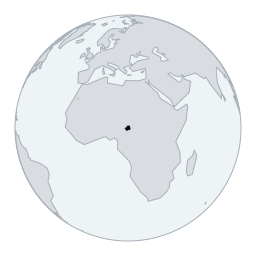 the Earth from above Logone Oriental, rotated 347°
{"feature_id": "TCD-1485", "entity_name": "Logone Oriental", "entity_type": "Prefecture", "adm_level": 1, "iso_a3": "TCD", "parent_name": "Chad", "parent_adm1": "", "projection": "orthographic", "projection_center": [16.421, 8.298], "detail": "medium", "context": "on_globe", "style": "filled", "palette": "ink", "viewbox_px": 256, "rotation_deg": 347, "n_neighbors": 0, "source": "natural_earth", "source_scale": "10m", "svg_char_len": 8257}
<svg xmlns="http://www.w3.org/2000/svg" viewBox="0 0 256 256"><g transform="rotate(347 128 128)"><circle cx="128" cy="128" r="113" fill="#eef3f6" stroke="#a8b0b8"/><path d="M89.3,22.2L90.3,21.8L92.7,21.0L94.5,20.5L94.9,20.4L91.7,21.4L91.0,21.6L90.3,21.9L88.5,22.6L89.6,22.2L85.6,23.7L90.1,22.2L87.4,23.4L84.6,24.5L84.2,24.4L80.2,26.0L89.3,22.2ZM66.5,33.6L64.4,35.1L61.4,37.2L57.9,40.0L59.8,38.6L63.2,36.0L66.0,34.6L69.9,31.9L71.6,31.1L75.8,28.7L75.9,29.1L73.6,31.0L70.1,33.1L69.0,34.1L72.9,32.4L66.9,37.1L63.9,41.6L62.2,43.1L58.0,44.7L56.5,43.6L51.0,47.2L55.3,45.2L51.1,49.3L50.7,50.2L51.3,50.3L53.2,49.0L51.9,50.6L47.2,52.9L48.3,51.4L49.8,50.6L49.0,50.3L45.8,52.5L44.0,54.7L41.1,56.7L39.8,58.4L38.4,60.1L40.8,57.0L36.4,62.7L34.2,65.7L39.5,58.3L45.5,51.3L52.0,44.8L59.0,38.9L66.5,33.6ZM17.4,106.8L17.5,106.2L18.1,104.5L16.8,111.0L18.1,105.5L17.8,109.1L19.6,110.5L19.2,111.9L20.5,121.0L24.0,126.0L24.8,131.1L24.2,133.9L25.9,135.3L25.9,137.3L34.3,142.6L40.1,148.7L40.9,155.4L38.0,162.2L40.0,177.8L36.1,181.4L38.2,187.4L40.5,195.5L37.8,193.7L41.8,198.7L42.9,200.9L41.9,200.4L44.5,203.5L44.0,203.0L46.3,205.5L48.0,207.3L41.9,200.6L36.3,193.4L31.3,185.8L26.9,177.8L23.3,169.4L22.2,166.6L21.4,164.5L19.0,156.5L17.2,148.3L16.0,140.0L15.4,131.7L15.5,123.3L16.1,115.0L17.4,106.8ZM23.4,86.3L22.4,89.2L23.4,86.3ZM75.5,28.7L74.8,29.1L75.5,28.7ZM77.2,27.7L76.1,28.2L76.8,27.8L77.4,27.5L77.2,27.7ZM78.5,27.2L78.1,27.1L79.2,26.5L82.8,25.0L78.5,27.2ZM91.6,21.4L90.8,21.7L91.0,21.6L91.6,21.4ZM98.9,19.2L99.2,19.2L98.0,19.4L95.4,20.2L95.6,20.1L98.9,19.2ZM97.5,19.6L99.2,19.2L98.0,19.6L95.5,20.2L97.5,19.6ZM94.8,21.3L94.9,21.0L96.6,20.4L94.8,21.3ZM100.0,19.0L100.4,18.9L101.1,18.7L102.0,18.6L100.0,19.0ZM106.6,17.4L106.9,17.4L107.2,17.3L104.1,17.9L104.3,17.9L106.6,17.4ZM105.0,17.9L101.0,18.9L100.4,19.5L98.9,19.9L100.1,19.0L105.0,17.9ZM104.7,17.8L102.7,18.3L101.7,18.5L104.7,17.8ZM105.2,17.9L106.1,17.7L105.4,17.9L105.2,17.9ZM109.1,17.0L108.8,17.0L109.7,16.9L109.1,17.0ZM108.3,17.3L107.0,17.6L106.3,17.7L108.3,17.3ZM109.0,17.1L110.3,16.9L106.8,17.5L108.7,17.1L109.0,17.1ZM110.0,16.8L110.4,16.8L110.0,16.8L110.0,16.8ZM111.8,17.0L107.6,17.8L106.0,17.9L110.3,17.1L111.8,17.0ZM60.0,217.8L59.7,217.4L60.6,218.0L61.1,218.5L60.0,217.8ZM161.2,20.4L159.6,19.9L161.2,20.4ZM233.0,87.3L232.6,86.2L234.0,90.5L236.8,99.0L238.6,106.7L239.3,111.7L238.9,109.2L236.9,103.9L238.3,112.1L239.9,118.2L240.5,126.1L240.1,124.1L239.2,117.2L238.5,115.1L237.4,108.0L234.4,98.0L233.8,100.5L232.6,96.4L228.3,88.8L226.8,92.2L225.3,104.3L227.1,115.1L225.7,120.3L218.9,105.8L215.2,95.8L213.2,97.2L205.9,89.6L194.5,90.6L192.5,88.2L190.5,89.7L185.3,87.7L182.0,83.7L179.1,84.3L187.6,94.7L190.7,94.2L192.8,89.6L194.6,93.5L199.6,96.6L195.5,107.1L178.0,117.7L175.7,109.8L159.1,89.2L159.2,86.8L159.1,86.5L158.9,86.1L158.0,90.0L154.9,86.1L164.5,100.4L166.4,106.8L177.8,118.2L176.9,119.6L180.3,121.9L190.7,117.9L190.9,120.6L186.4,133.6L171.5,152.0L173.1,163.4L171.4,173.2L161.4,180.2L161.5,187.6L156.2,190.5L155.4,194.6L150.7,199.2L143.2,203.5L131.2,204.0L131.0,200.3L125.9,193.2L119.0,175.5L122.6,167.1L121.8,160.6L113.1,146.3L115.0,138.1L112.5,134.8L107.5,135.7L104.5,131.6L101.4,131.5L81.6,134.3L75.3,128.9L67.0,112.7L70.4,106.4L70.5,99.0L93.2,75.1L98.6,76.4L117.2,73.2L119.6,74.0L118.1,79.5L132.5,85.8L136.4,81.2L148.9,84.4L156.8,84.0L158.5,73.7L145.6,74.2L142.7,69.5L152.6,64.9L163.8,65.1L163.1,63.3L155.5,59.6L157.5,56.3L152.8,58.1L155.1,59.8L152.2,61.2L149.9,59.7L150.7,58.5L147.2,57.9L144.2,64.3L146.2,66.8L137.3,68.3L139.8,72.7L137.6,74.9L132.5,68.4L132.6,65.9L123.5,59.5L122.6,62.1L131.1,68.5L128.7,68.1L127.5,72.2L126.5,68.7L117.4,61.6L109.0,63.4L99.2,73.8L94.1,74.8L89.5,72.9L92.1,62.6L103.2,61.7L104.3,58.6L101.3,54.3L105.0,54.5L105.1,52.9L109.2,52.5L114.3,48.4L118.3,47.9L119.6,43.1L121.9,42.4L120.5,45.3L121.7,47.3L131.7,46.8L133.4,45.7L133.5,42.8L136.2,43.3L135.0,40.5L140.4,39.4L132.7,38.7L132.5,35.8L135.4,33.6L134.0,32.7L129.3,36.4L128.7,38.0L130.3,39.5L127.4,44.5L124.1,45.5L122.0,40.2L117.0,41.2L117.5,37.1L129.9,29.0L135.4,27.6L146.0,30.7L145.1,32.3L140.9,31.9L145.5,34.7L144.8,33.3L147.1,33.8L147.5,31.7L149.1,32.0L146.7,29.5L148.8,29.7L150.3,31.2L152.6,28.7L156.7,28.8L156.4,28.1L155.0,27.4L161.2,28.3L160.7,27.8L158.5,27.3L156.2,26.0L154.4,24.2L156.6,24.6L157.6,25.3L162.9,27.6L165.0,29.7L165.7,29.7L164.4,28.0L157.9,25.2L156.3,24.0L159.5,25.1L158.2,24.6L158.1,24.2L160.0,24.3L156.5,23.0L152.0,19.2L155.3,19.4L158.7,20.5L157.8,19.5L161.6,20.5L169.5,23.3L177.2,26.7L184.7,30.7L191.8,35.2L198.6,40.2L204.9,45.7L210.9,51.7L216.4,58.1L221.3,64.9L225.8,72.1L229.7,79.6L233.0,87.3ZM86.2,87.1L85.7,89.3L86.2,87.1ZM176.3,70.9L182.6,70.9L178.7,64.9L180.7,64.6L178.6,62.8L178.3,64.5L173.0,59.8L175.3,58.0L174.0,55.6L171.8,55.5L168.4,59.7L176.0,66.3L175.1,68.8L176.3,70.9ZM19.7,110.5L19.8,111.9L19.4,111.7L19.7,110.5ZM21.0,92.9L20.9,93.1L21.0,92.9ZM21.9,94.3L22.1,95.3L21.5,95.4L21.9,94.3ZM22.1,90.1L21.7,93.8L20.7,94.9L21.1,92.7L21.3,92.7L22.1,90.1ZM27.5,77.2L27.4,77.3L27.9,76.3L27.5,77.2ZM51.4,49.1L51.7,49.0L52.0,49.5L51.1,50.0L51.4,49.1ZM57.8,48.1L55.6,50.9L56.5,49.1L54.9,50.1L54.8,48.0L61.4,43.7L58.4,45.9L57.8,48.1ZM56.5,44.4L55.8,45.9L56.3,44.4L56.5,44.4ZM101.8,45.0L103.4,45.9L102.2,47.8L97.0,49.4L98.8,46.6L101.8,45.0ZM106.0,46.9L105.3,41.7L108.5,40.8L106.8,42.1L109.0,42.0L106.9,44.2L110.6,48.8L109.8,50.8L100.7,52.1L104.2,50.4L102.4,49.5L106.0,46.9ZM97.9,33.0L97.6,31.6L104.9,31.4L104.3,32.8L99.1,34.2L96.8,33.4L97.9,33.0ZM84.8,24.9L84.2,24.9L85.1,24.6L86.4,24.2L84.8,24.9ZM94.7,21.2L88.2,24.5L87.3,24.6L84.7,26.8L81.1,28.1L82.9,26.6L78.2,29.5L78.3,28.6L75.4,30.6L79.8,27.1L79.8,26.7L81.2,26.6L84.5,25.3L85.9,24.6L90.0,22.6L91.5,21.6L95.1,20.4L97.1,19.9L97.3,20.0L95.0,20.6L96.8,20.3L93.6,21.3L94.7,21.2ZM119.4,19.1L116.6,19.0L119.8,20.0L116.6,20.4L117.2,20.5L115.0,21.2L113.5,22.4L111.9,22.5L112.0,23.0L110.6,23.6L110.2,24.3L107.2,24.8L106.4,25.8L105.5,25.5L104.9,27.1L104.0,26.2L102.1,27.1L104.0,27.5L89.1,30.4L83.6,32.8L79.5,35.5L78.4,34.0L81.6,30.8L86.9,27.4L92.3,25.5L90.9,25.4L93.1,24.5L93.3,24.9L94.2,23.8L96.1,23.2L100.8,21.1L101.0,20.2L102.7,19.5L103.6,19.7L104.7,19.0L107.5,18.9L108.8,18.5L112.8,18.1L113.7,18.9L115.1,18.4L118.2,18.3L119.4,19.1ZM112.9,16.9L114.7,17.3L113.8,17.9L107.2,18.3L105.6,18.7L101.3,19.3L102.7,18.6L103.8,18.4L105.2,18.2L104.2,18.5L106.0,18.0L107.6,17.9L109.4,17.5L109.5,17.7L112.9,16.9ZM122.1,71.9L123.9,72.1L126.6,71.8L125.9,74.6L122.1,71.9ZM115.8,67.1L117.4,66.7L117.7,70.1L115.9,70.1L115.8,67.1ZM117.9,63.8L117.4,66.4L116.6,65.0L117.9,63.8ZM121.9,44.9L123.6,44.5L123.9,45.2L123.1,46.3L121.9,44.9ZM128.3,23.2L126.9,22.8L127.3,22.5L125.9,21.3L128.2,21.0L129.9,21.7L128.3,23.2ZM156.5,75.6L154.4,77.6L153.1,76.7L154.1,76.2L156.5,75.6ZM139.6,76.0L143.6,77.2L139.4,76.8L139.6,76.0ZM130.6,22.7L129.8,22.2L131.4,22.4L130.6,22.7ZM129.8,20.8L131.7,21.0L128.3,20.9L129.8,20.8ZM187.1,218.2L186.8,219.2L185.6,219.5L187.1,218.2ZM188.9,170.3L180.1,187.7L175.3,188.1L175.1,183.3L178.8,172.9L184.6,169.5L187.6,164.6L188.9,170.3ZM239.8,141.6L239.8,141.4L239.8,141.6ZM240.1,139.3L240.1,134.9L238.0,120.5L238.8,120.3L240.5,128.5L240.5,130.2L240.5,133.9L240.1,139.3ZM227.5,116.1L229.6,122.2L228.6,123.5L227.5,116.1ZM234.6,91.8L234.7,92.0L234.2,90.4L234.0,89.8L234.6,91.8ZM149.1,22.1L148.4,24.0L149.5,25.6L152.5,26.8L148.0,26.1L146.3,23.5L149.1,22.1ZM151.4,19.4L148.8,18.7L150.0,18.8L150.8,18.9L151.4,19.4ZM149.7,19.2L146.2,18.8L144.8,18.3L147.9,18.6L149.7,19.2ZM138.5,20.2L138.1,20.6L136.8,20.4L138.5,20.2ZM151.5,17.8L152.7,18.1L151.4,17.8L150.6,17.7L151.5,17.8Z" fill="#d9dde1" stroke="#a8b0b8" stroke-width="1"/><path d="M129.6,129.0L129.4,129.2L129.2,129.2L129.1,129.3L128.9,129.3L128.7,129.5L128.6,129.4L128.4,129.2L128.2,129.0L128.3,128.9L128.2,128.8L128.1,129.0L127.9,129.0L127.7,129.3L127.4,129.4L127.2,129.4L127.1,129.5L126.8,129.7L126.7,129.7L126.4,129.5L126.2,129.5L126.2,129.4L126.3,129.3L126.3,129.2L126.2,129.0L126.1,128.9L126.0,128.7L125.9,128.3L125.6,127.8L125.8,127.7L125.9,127.8L126.1,127.9L126.2,128.0L126.3,128.0L126.5,128.0L126.8,128.0L126.9,127.9L127.0,127.7L127.4,127.5L127.5,127.4L127.9,127.3L127.9,127.2L128.0,127.2L128.3,126.9L128.3,126.7L128.2,126.7L128.1,126.4L128.3,126.4L128.5,126.4L129.0,126.5L129.3,126.5L129.4,127.0L129.2,127.3L129.6,128.0L129.5,128.3L129.4,128.3L129.6,129.0Z" fill="#0f172a" stroke="#020617" stroke-width="1.5"/></g></svg>